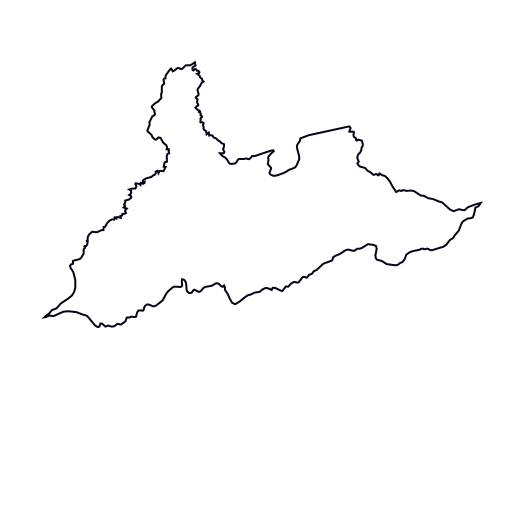 Haut-Mbomou, Albers equal-area conic projection, rotated 120°
{"feature_id": "CAF-867", "entity_name": "Haut-Mbomou", "entity_type": "Prefecture", "adm_level": 1, "iso_a3": "CAF", "parent_name": "Central African Republic", "parent_adm1": "", "projection": "albers", "projection_center": [25.352, 6.594], "detail": "fine", "context": "isolated", "style": "outline", "palette": "ink", "viewbox_px": 512, "rotation_deg": 120, "n_neighbors": 0, "source": "natural_earth", "source_scale": "10m", "svg_char_len": 6140}
<svg xmlns="http://www.w3.org/2000/svg" viewBox="0 0 512 512"><g transform="rotate(120 256 256)"><path d="M97.7,87.9L101.6,88.2L104.5,90.2L110.9,88.0L114.4,87.6L116.7,89.9L117.7,91.4L122.5,94.1L125.6,94.2L132.6,93.1L138.2,94.1L142.1,94.4L145.3,96.1L151.0,96.8L154.2,98.3L162.7,106.2L163.7,107.8L163.9,111.3L166.0,113.5L166.2,115.3L167.4,116.7L169.0,117.7L173.8,123.1L176.8,125.3L179.8,126.5L184.2,125.7L188.1,126.1L189.9,127.7L192.5,128.6L193.7,129.8L194.7,131.4L197.7,138.9L197.4,144.7L198.7,149.1L198.2,150.9L196.0,152.8L189.4,155.1L187.3,157.1L187.7,160.0L189.8,165.0L195.7,168.1L197.7,169.7L199.2,172.0L202.3,173.4L203.1,174.9L204.3,179.2L205.4,180.7L206.7,181.6L212.3,184.4L216.2,187.4L218.8,188.6L220.7,187.9L222.3,188.2L228.3,193.3L229.8,194.1L237.8,196.5L240.3,198.4L243.0,198.6L244.0,199.0L245.6,200.6L249.1,201.0L249.7,201.8L249.7,203.2L250.6,204.8L252.1,205.3L256.6,205.7L258.2,206.5L259.4,210.1L262.5,211.9L266.5,212.8L267.4,214.9L273.1,215.6L273.7,217.9L274.0,223.1L275.0,225.4L275.5,225.7L277.4,225.4L277.8,225.8L277.6,227.6L278.2,230.0L278.5,231.1L279.6,232.3L281.8,233.7L285.2,234.9L288.3,238.8L292.4,241.6L294.0,243.4L297.5,245.1L303.4,247.3L308.2,250.0L308.4,253.4L306.0,257.5L302.9,261.7L300.9,265.8L298.2,267.7L297.5,268.9L299.4,269.5L299.5,271.0L298.7,274.7L299.4,276.8L304.0,279.5L308.0,284.3L309.9,285.5L314.1,286.3L315.7,287.5L316.0,292.5L317.0,293.1L320.0,293.4L321.4,295.0L321.4,296.9L320.5,298.8L315.0,302.6L313.4,304.3L312.6,306.2L313.0,308.4L314.6,307.9L318.6,305.1L320.4,305.6L323.3,311.3L324.9,312.5L330.7,314.5L333.9,314.9L341.0,314.6L348.1,317.4L349.9,318.5L351.0,319.8L351.6,324.3L352.4,326.1L354.7,327.2L357.0,327.0L358.7,326.4L359.9,326.6L360.9,328.9L362.1,330.6L364.2,330.7L368.6,329.6L369.7,330.8L370.8,333.6L372.7,335.0L373.4,336.6L374.1,337.1L377.8,336.4L382.9,338.7L384.1,342.1L387.5,343.5L388.7,344.8L389.6,346.4L390.2,349.4L392.4,351.0L391.6,355.4L392.3,357.0L395.3,356.3L396.3,357.0L396.7,357.8L396.6,360.6L392.6,371.5L392.4,373.1L393.4,376.9L394.4,383.4L397.1,389.7L398.8,392.6L400.8,395.2L409.3,401.3L410.9,405.2L413.9,407.3L414.9,408.6L411.3,407.4L409.9,406.5L405.0,405.7L400.9,402.5L394.7,401.3L386.4,397.2L382.3,395.7L378.1,395.5L373.4,396.8L366.9,400.7L361.1,406.4L359.1,410.6L357.4,412.2L355.7,412.0L354.7,410.8L354.0,410.6L352.3,411.9L351.6,412.0L346.8,407.1L344.7,406.5L339.9,406.5L336.5,408.6L334.3,408.2L333.7,409.3L333.1,409.3L332.3,408.1L330.6,407.9L328.7,408.5L327.5,410.0L326.9,409.3L326.1,410.0L323.6,411.2L321.0,411.3L317.0,410.1L314.9,405.6L310.7,402.6L309.8,401.1L307.0,402.4L306.0,401.2L302.4,401.4L299.9,400.9L297.9,400.1L296.1,398.8L295.4,397.0L293.3,397.7L293.3,395.6L292.0,396.1L291.4,395.2L290.5,392.2L289.1,393.5L287.8,392.2L286.4,392.8L285.1,390.8L283.7,390.1L282.6,391.9L281.9,392.2L279.5,391.6L280.2,394.9L278.4,394.4L277.7,394.8L277.5,395.9L274.4,396.2L273.4,397.0L270.4,394.1L267.9,393.3L267.0,393.6L266.5,394.6L266.6,396.3L265.0,395.6L263.3,395.9L261.9,397.0L261.8,399.1L260.0,397.5L257.9,394.3L255.6,394.3L254.3,396.1L253.3,396.6L251.8,393.0L252.2,391.6L250.2,392.2L249.9,389.8L248.5,389.1L247.6,389.5L248.8,390.2L247.9,391.5L246.5,391.6L244.0,390.2L239.8,386.1L237.6,385.4L236.3,384.3L234.5,384.2L233.0,385.0L231.6,384.0L231.6,383.4L233.0,381.9L230.7,382.0L229.9,381.1L228.8,378.5L224.0,378.8L224.8,380.6L221.1,381.8L220.2,381.6L218.9,380.3L214.2,383.2L212.0,383.7L210.3,382.6L209.2,383.9L207.8,384.4L207.1,385.0L208.3,386.7L206.3,387.4L205.0,388.9L204.2,393.2L201.5,397.6L202.1,399.8L204.8,400.5L205.5,401.2L205.6,401.9L204.9,405.0L203.2,407.3L202.4,411.9L201.5,412.9L195.5,413.7L193.4,415.2L187.0,415.6L184.7,414.4L183.6,414.3L182.1,416.0L180.8,416.7L179.2,420.7L178.3,421.0L174.7,420.0L171.3,418.1L166.5,417.0L163.4,419.0L161.1,419.5L157.5,421.7L155.5,422.5L152.6,421.7L149.6,424.2L148.5,424.3L147.3,423.2L145.6,424.3L143.7,424.4L137.1,423.7L136.1,423.2L137.7,420.4L136.3,419.4L133.4,418.4L132.2,417.6L131.7,416.4L131.7,414.4L130.8,413.5L126.0,412.2L124.0,408.7L122.0,407.3L118.8,405.8L121.3,403.6L124.4,405.3L126.4,404.2L126.7,403.1L124.5,402.2L124.3,401.7L124.3,401.0L125.1,399.8L124.5,398.5L124.6,397.8L125.1,396.9L126.0,396.7L127.7,398.2L128.1,395.0L129.3,393.5L129.6,391.3L130.6,390.5L131.2,388.7L132.9,389.7L137.2,389.5L140.3,390.0L142.1,389.2L144.1,386.9L145.7,386.3L148.2,387.4L149.0,387.3L149.7,384.9L152.3,384.0L154.0,381.5L154.8,381.4L155.8,382.2L157.8,382.7L158.6,379.7L158.5,377.1L158.7,376.8L159.8,377.3L160.2,375.1L161.9,374.4L162.1,372.5L162.8,372.2L164.6,372.9L165.7,372.0L167.9,371.2L168.0,370.6L166.9,369.2L167.0,368.0L167.7,367.5L169.5,367.3L170.4,365.9L171.8,365.3L172.6,364.1L172.9,361.5L175.3,359.6L172.8,358.6L175.1,356.7L173.9,355.6L173.5,353.8L174.5,352.1L174.1,349.2L174.8,347.1L174.8,344.5L175.5,342.4L175.2,339.6L177.3,338.4L180.0,337.9L181.6,335.5L182.5,335.2L183.3,335.6L185.1,338.6L186.2,335.1L186.2,331.5L187.1,328.9L188.8,326.2L189.1,324.8L188.5,323.2L186.5,320.6L184.8,319.8L181.6,319.8L180.6,319.4L178.2,315.3L176.6,313.5L175.7,310.5L174.1,309.7L171.5,309.4L169.9,306.9L157.1,295.6L155.8,293.8L156.4,293.0L159.8,294.2L163.3,294.9L164.7,294.6L166.8,293.1L170.5,291.7L172.0,287.3L172.9,286.6L177.1,286.0L177.9,285.2L178.2,283.8L177.8,280.8L175.7,278.1L171.1,274.2L167.6,271.8L165.1,270.6L160.8,267.1L159.5,266.4L157.6,266.1L150.4,267.0L148.2,268.4L142.1,274.3L140.3,275.6L138.8,275.9L134.4,275.5L132.0,276.4L125.1,270.8L97.1,240.0L98.0,238.0L101.3,237.6L101.7,237.2L99.8,234.2L99.7,233.3L100.5,232.7L102.2,232.3L103.8,230.9L104.1,228.1L105.7,227.1L105.6,226.4L104.0,225.3L103.2,222.0L105.6,219.5L107.2,218.6L108.9,218.8L112.3,217.6L114.5,217.6L116.4,218.2L118.1,218.1L120.4,217.4L122.9,214.2L125.0,214.5L125.4,214.1L126.4,212.0L126.5,210.5L125.2,205.5L126.4,202.0L126.3,198.8L127.0,194.7L124.8,192.9L125.1,190.5L124.4,190.1L123.0,190.5L122.7,190.3L123.0,187.1L122.2,184.4L122.9,181.3L124.5,177.4L127.5,172.6L130.5,166.6L127.4,164.7L127.1,162.7L125.4,161.6L124.1,157.7L121.8,154.6L120.8,151.6L121.2,143.3L119.9,140.7L119.9,135.9L118.1,131.0L117.3,124.6L116.5,121.6L118.7,111.5L118.5,107.4L113.9,103.5L113.1,100.3L111.9,98.2L108.4,97.1L106.8,96.1L101.4,91.6L97.7,87.9Z" fill="none" stroke="#020617" stroke-width="2"/></g></svg>